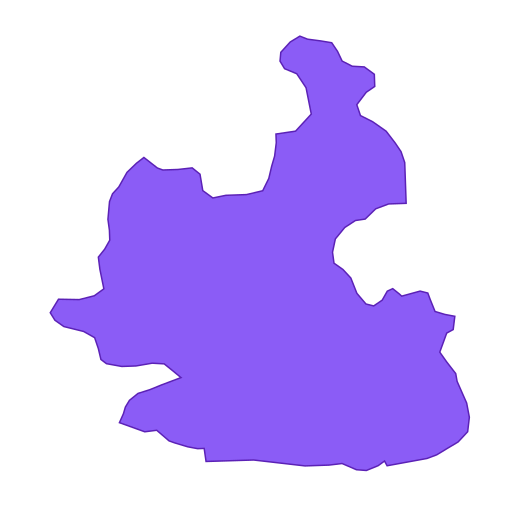 Wonju-si, Gangwon, South Korea, rotated 268°
{"feature_id": "91817680B41990583973423", "entity_name": "Wonju-si", "entity_type": "district", "adm_level": 2, "iso_a3": "KOR", "parent_name": "South Korea", "parent_adm1": "Gangwon", "projection": "natural_earth1", "projection_center": [127.964, 37.315], "detail": "fine", "context": "isolated", "style": "filled", "palette": "violet", "viewbox_px": 512, "rotation_deg": 268, "n_neighbors": 0, "source": "geoboundaries", "source_scale": "gbopen_adm2", "svg_char_len": 1766}
<svg xmlns="http://www.w3.org/2000/svg" viewBox="0 0 512 512"><g transform="rotate(268 256 256)"><path d="M94.2,113.7L84.2,138.7L85.3,150.7L74.3,162.6L72.1,168.1L67.7,181.1L65.5,190.9L65.5,197.5L52.4,198.9L52.2,246.5L44.5,297.7L44.5,321.7L45.6,334.8L38.9,348.9L37.8,358.8L42.2,370.8L46.6,377.3L41.8,379.7L47.7,419.9L51.0,429.7L56.5,439.5L63.1,451.5L73.0,461.4L87.4,463.6L101.7,461.4L112.7,457.0L123.7,452.6L131.5,451.5L143.6,442.8L153.5,436.3L172.3,443.9L175.6,450.5L188.8,452.6L191.0,442.8L194.3,433.0L206.4,428.6L213.0,426.4L215.2,418.8L210.8,400.2L213.0,398.0L218.6,391.5L216.3,386.0L207.5,380.6L202.0,371.9L204.2,364.2L215.2,355.5L230.7,350.0L239.5,342.4L246.1,333.7L257.1,332.6L270.3,335.9L281.4,345.7L288.0,356.6L289.1,366.4L299.0,377.3L303.4,390.4L303.4,407.9L344.2,407.9L355.2,404.6L364.0,399.1L376.2,390.4L386.1,377.3L392.7,365.3L403.7,362.0L415.8,371.9L421.3,380.6L433.5,380.6L441.2,370.8L442.3,358.8L447.8,348.9L457.7,344.6L466.5,339.1L468.7,328.2L470.9,315.1L474.2,307.5L468.7,297.7L458.7,287.9L449.9,286.8L442.2,291.1L436.7,303.1L422.4,311.9L395.9,316.2L379.4,299.9L377.2,280.2L368.4,280.2L355.2,278.1L345.2,274.8L333.1,271.5L321.0,265.0L317.7,248.6L317.7,228.0L315.5,214.9L323.2,205.1L339.7,202.9L346.3,195.3L345.2,181.1L345.2,165.9L347.4,160.5L358.4,147.4L352.9,139.8L344.1,130.0L329.8,121.3L323.2,114.8L315.5,111.5L297.8,109.3L286.8,110.4L276.9,110.4L268.1,105.0L260.4,98.4L248.3,99.5L228.5,102.8L221.9,93.0L218.6,77.8L219.7,57.1L206.5,48.4L198.8,52.8L192.2,61.5L186.6,81.1L180.0,91.9L169.0,95.2L158.0,97.4L153.6,102.8L150.3,118.0L150.3,132.2L152.5,148.5L151.4,160.5L144.8,168.1L137.1,176.8L133.8,167.0L130.5,157.2L126.1,145.2L122.8,133.3L116.2,124.5L109.6,120.2L103.0,118.0L94.2,113.7Z" fill="#8b5cf6" stroke="#5b21b6" stroke-width="1.5"/></g></svg>